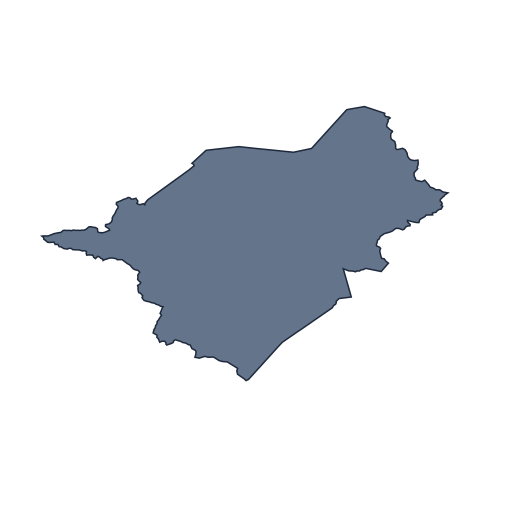 Serra Talhada, Pernambuco, Brazil, rotated 75°
{"feature_id": "56859067B63489137036469", "entity_name": "Serra Talhada", "entity_type": "district", "adm_level": 2, "iso_a3": "BRA", "parent_name": "Brazil", "parent_adm1": "Pernambuco", "projection": "equal_earth", "projection_center": [-38.379, -8.059], "detail": "fine", "context": "isolated", "style": "filled", "palette": "slate", "viewbox_px": 512, "rotation_deg": 75, "n_neighbors": 0, "source": "geoboundaries", "source_scale": "gbopen_adm2", "svg_char_len": 4301}
<svg xmlns="http://www.w3.org/2000/svg" viewBox="0 0 512 512"><g transform="rotate(75 256 256)"><path d="M205.3,74.7L204.8,78.4L203.3,81.4L202.3,82.4L200.7,83.2L199.4,83.6L197.6,83.7L195.8,83.4L192.0,84.4L189.9,86.5L189.9,89.6L189.6,92.5L188.0,93.3L185.3,92.4L181.4,92.3L178.4,94.9L176.5,95.2L174.8,94.8L173.1,94.2L172.0,93.4L171.3,92.0L170.1,92.2L169.3,93.4L167.5,94.5L165.0,96.1L163.4,96.0L161.7,94.7L159.8,93.3L158.5,93.3L157.4,90.7L156.2,91.6L154.8,94.7L152.9,95.5L151.5,94.7L139.7,112.6L139.5,115.1L139.0,120.6L138.3,128.3L138.2,130.6L142.1,136.6L149.6,148.3L152.5,152.8L161.7,167.1L162.7,168.6L166.5,174.5L165.5,192.9L159.1,209.7L152.0,228.5L145.9,244.3L142.0,270.1L141.0,276.9L149.9,293.9L151.3,292.6L152.8,292.4L155.6,298.6L173.7,346.0L176.2,349.5L177.7,350.2L176.3,351.4L176.4,354.9L175.5,356.3L174.2,357.5L173.2,356.2L171.8,356.0L170.5,356.7L169.2,357.0L169.1,360.2L168.8,361.7L167.0,362.8L166.4,364.4L167.0,366.9L167.0,369.6L167.5,371.2L168.2,376.9L170.0,377.6L171.2,376.8L172.6,376.4L174.1,377.1L175.0,378.4L177.4,380.5L178.5,381.2L180.1,383.3L182.1,385.1L183.3,385.2L185.6,386.7L186.9,389.6L186.9,391.2L186.7,393.1L188.4,393.8L190.0,392.5L191.4,391.0L193.2,390.7L193.9,395.9L193.9,397.9L193.0,400.9L191.8,402.6L190.5,402.4L188.5,402.1L187.0,403.6L185.7,406.6L184.9,408.2L184.6,409.9L186.2,413.1L186.5,415.8L185.9,417.7L185.8,419.4L185.2,420.9L184.6,423.5L183.6,425.7L183.8,427.4L182.7,430.4L182.3,432.4L181.6,434.2L181.4,435.7L182.8,438.5L182.4,440.2L182.1,445.8L182.4,447.3L182.8,451.5L182.4,453.3L181.7,455.6L181.4,457.7L183.1,456.4L185.0,456.6L186.4,455.3L188.3,454.2L189.2,452.9L189.7,451.0L190.3,447.6L192.9,447.0L193.5,444.4L196.1,443.7L196.6,442.1L199.2,439.6L199.7,438.2L200.5,436.6L200.2,434.8L200.8,432.6L202.5,431.3L204.5,425.0L206.3,422.2L206.6,419.9L207.9,418.6L209.7,419.4L211.4,419.3L211.7,417.1L212.3,415.3L213.1,413.3L215.1,413.2L217.0,411.8L216.1,410.2L215.3,409.1L216.5,407.4L218.3,406.3L219.3,405.0L220.8,404.9L220.3,403.0L220.3,400.7L220.1,398.0L220.7,395.4L222.5,391.7L223.7,391.0L224.3,388.5L224.9,386.2L228.1,383.8L230.1,382.2L231.8,380.4L233.2,379.6L235.2,378.7L236.5,378.0L238.1,376.2L239.1,374.2L240.0,373.3L241.6,372.5L243.6,375.0L246.5,375.7L248.1,376.4L249.7,375.6L251.9,374.2L253.2,375.6L253.8,378.0L255.8,378.0L257.6,378.6L259.7,378.8L261.1,378.7L262.1,377.2L263.6,376.5L265.2,375.7L266.7,376.9L268.4,376.3L270.0,375.6L271.8,372.7L272.7,370.8L274.2,368.8L275.3,366.2L276.8,365.0L278.2,362.6L279.8,361.3L281.0,358.9L282.1,360.1L284.3,361.7L286.6,363.5L288.8,362.6L291.2,365.4L292.7,366.9L293.7,368.5L295.5,369.0L297.4,371.0L299.7,372.3L300.5,373.5L303.7,375.3L306.8,372.1L309.0,372.8L310.6,371.8L314.4,371.3L314.0,368.7L314.7,366.3L316.4,365.4L317.9,365.8L318.9,365.3L318.6,360.1L318.1,358.4L316.5,357.2L316.1,355.2L317.5,353.5L318.7,351.1L320.4,349.5L322.1,346.2L324.1,344.3L324.7,342.7L328.9,341.8L331.2,339.3L332.3,338.6L334.8,339.3L338.1,341.2L339.0,339.1L340.0,337.3L339.7,331.4L341.4,328.5L342.6,323.2L347.4,318.8L349.2,315.8L350.8,311.3L359.8,302.8L362.0,304.3L365.5,304.4L371.6,299.2L373.8,297.8L373.3,295.2L359.6,273.9L349.5,258.3L346.2,253.0L343.7,246.1L339.6,234.6L338.8,232.1L328.6,203.6L325.8,195.7L324.5,194.5L323.7,193.3L323.3,191.7L322.2,190.8L320.4,190.1L318.6,186.7L320.3,174.6L316.8,174.6L298.5,174.9L290.9,175.0L294.3,170.4L295.9,165.7L297.0,164.2L296.6,162.3L297.3,159.9L296.6,158.0L296.9,156.3L296.4,153.1L303.4,139.1L297.2,129.9L294.9,131.7L291.9,132.9L290.8,135.2L288.2,135.4L283.2,135.2L280.9,133.7L279.4,134.4L277.7,136.7L276.4,136.9L274.1,135.4L272.1,134.5L271.5,132.7L270.4,131.8L269.4,131.1L267.6,126.3L267.6,121.3L267.4,119.2L267.1,117.6L265.7,114.4L265.7,112.8L266.7,110.2L268.7,107.7L268.4,105.8L266.8,104.0L266.3,101.9L266.7,99.5L265.4,98.9L262.6,100.6L260.9,100.5L264.5,93.9L265.2,92.3L265.9,90.0L263.2,88.4L262.6,86.3L261.7,82.7L260.5,81.1L262.0,74.7L260.2,74.5L260.2,72.7L260.4,70.9L259.4,69.6L258.5,67.4L258.6,65.0L257.4,63.8L256.3,62.8L254.8,64.0L253.8,62.6L251.9,62.9L250.6,63.9L249.2,63.4L247.4,60.3L246.9,58.9L246.0,58.0L244.7,54.3L242.3,59.2L240.3,60.7L239.4,61.9L238.6,65.3L237.0,66.4L235.6,68.2L234.5,70.0L232.1,70.7L226.4,73.4L227.1,76.6L225.1,80.3L223.7,82.2L222.3,81.9L220.1,82.5L216.6,81.9L213.5,77.2L211.8,77.3L210.0,75.9L207.9,75.2L205.3,74.7Z" fill="#64748b" stroke="#1e293b" stroke-width="1.5"/></g></svg>